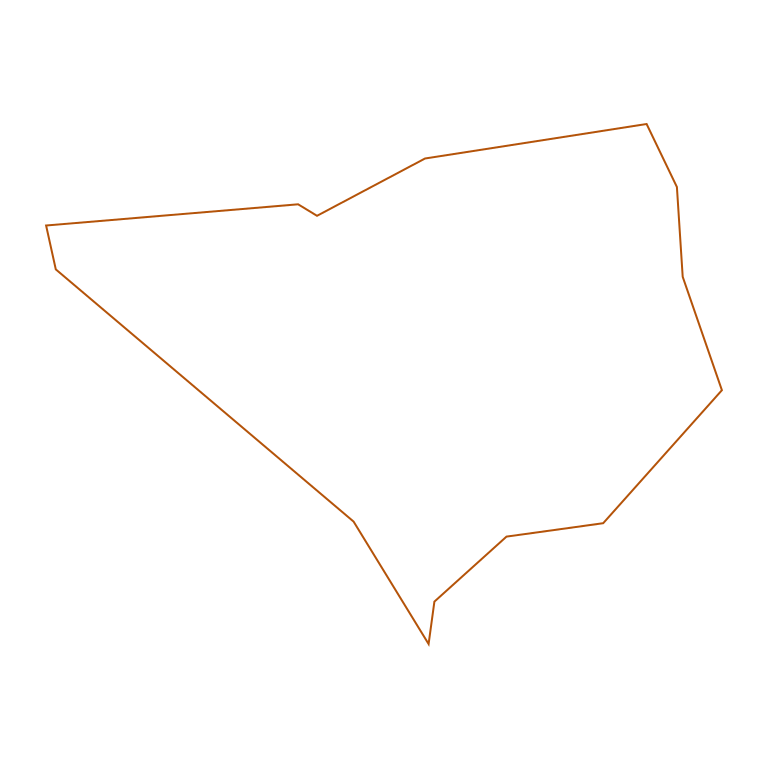 the district of Twic East, Jonglei, South Sudan
{"feature_id": "79223893B26459782826909", "entity_name": "Twic East", "entity_type": "district", "adm_level": 2, "iso_a3": "SSD", "parent_name": "South Sudan", "parent_adm1": "Jonglei", "projection": "orthographic", "projection_center": [31.334, 7.029], "detail": "fine", "context": "isolated", "style": "outline", "palette": "amber", "viewbox_px": 768, "rotation_deg": 0, "n_neighbors": 0, "source": "geoboundaries", "source_scale": "gbopen_adm2", "svg_char_len": 305}
<svg xmlns="http://www.w3.org/2000/svg" viewBox="0 0 768 768"><path d="M428.6,644.0L434.4,601.6L506.5,536.6L603.2,523.2L721.9,390.2L682.7,276.8L676.9,187.0L646.6,124.0L425.0,158.5L317.0,215.8L298.1,204.3L46.1,225.5L55.8,269.4L353.6,521.6L428.6,644.0Z" fill="none" stroke="#b45309" stroke-width="2"/></svg>